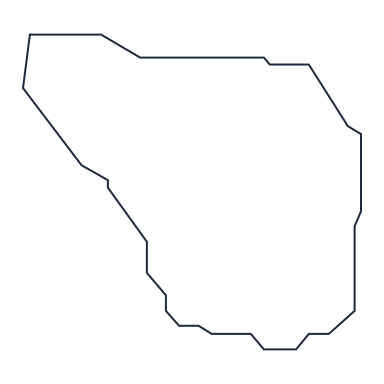 an SVG outline of Navassa Island
{"feature_id": "UMI-5177", "entity_name": "Navassa Island", "entity_type": "state/province", "adm_level": 1, "iso_a3": "UMI", "parent_name": "United States Minor Outlying Islands", "parent_adm1": "", "projection": "natural_earth1", "projection_center": [-75.015, 18.406], "detail": "fine", "context": "isolated", "style": "outline", "palette": "slate", "viewbox_px": 384, "rotation_deg": 0, "n_neighbors": 0, "source": "natural_earth", "source_scale": "10m", "svg_char_len": 464}
<svg xmlns="http://www.w3.org/2000/svg" viewBox="0 0 384 384"><path d="M101.1,34.6L140.1,57.6L263.9,57.6L269.8,64.5L308.8,64.5L347.8,126.1L361.0,134.1L361.0,187.7L361.0,211.3L354.6,226.3L354.6,310.9L328.8,333.9L308.8,333.9L296.1,349.4L263.9,349.4L250.8,333.9L211.7,333.9L198.6,325.8L179.1,325.8L165.9,310.9L165.9,295.3L146.9,272.9L146.9,241.8L107.9,187.7L107.9,180.2L81.5,165.2L23.0,88.1L29.9,34.6L101.1,34.6Z" fill="none" stroke="#1e293b" stroke-width="2"/></svg>